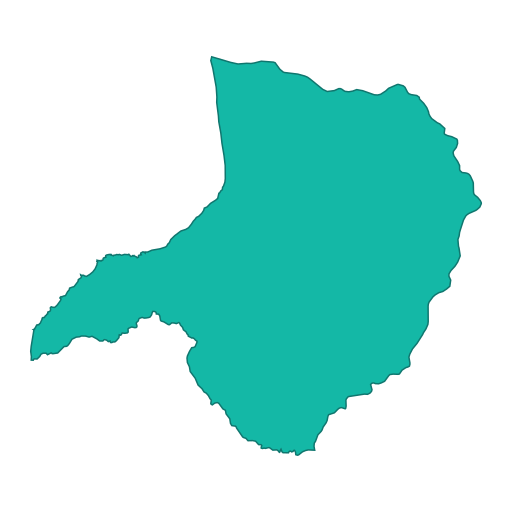 Atabae, Bobonaro, East Timor
{"feature_id": "22284137B39370724774054", "entity_name": "Atabae", "entity_type": "district", "adm_level": 2, "iso_a3": "TLS", "parent_name": "East Timor", "parent_adm1": "Bobonaro", "projection": "orthographic", "projection_center": [125.062, -8.829], "detail": "fine", "context": "isolated", "style": "filled", "palette": "teal", "viewbox_px": 512, "rotation_deg": 0, "n_neighbors": 0, "source": "geoboundaries", "source_scale": "gbopen_adm2", "svg_char_len": 5984}
<svg xmlns="http://www.w3.org/2000/svg" viewBox="0 0 512 512"><path d="M419.2,97.2L416.8,95.5L411.1,94.6L408.8,93.7L407.5,92.2L405.0,87.3L403.2,85.8L398.3,84.4L397.3,84.5L388.6,88.3L385.7,91.0L380.6,94.3L377.7,95.0L374.3,94.8L362.7,90.7L356.7,89.6L352.7,91.1L348.7,91.8L344.8,91.3L341.6,89.1L340.3,88.6L338.8,88.6L334.3,90.6L327.2,91.5L322.8,89.4L309.8,78.8L307.5,77.2L304.7,76.0L297.8,74.1L284.4,72.5L283.1,72.0L279.9,69.3L275.1,62.7L273.3,62.1L261.3,61.2L254.2,63.0L251.0,63.5L246.7,63.3L238.0,64.0L230.7,62.4L211.7,56.8L210.8,60.6L212.8,68.1L216.2,87.1L216.9,97.1L216.7,102.4L218.4,115.8L218.8,121.7L220.8,132.9L222.0,143.5L224.0,155.4L225.2,165.4L225.3,178.6L224.9,182.2L223.4,186.3L222.6,187.2L222.3,189.7L220.8,190.9L219.6,192.9L218.9,193.2L217.7,198.4L215.6,200.2L210.6,203.3L207.0,207.0L204.3,208.1L203.7,210.4L201.8,213.3L198.6,216.4L196.4,217.4L195.0,219.4L193.3,221.2L191.4,224.2L188.6,227.7L185.8,229.4L180.9,231.0L174.7,235.7L170.8,239.5L169.3,242.7L167.8,244.1L166.8,246.0L165.6,247.0L160.0,248.8L151.9,250.2L147.8,252.0L145.5,252.1L145.3,252.8L144.9,252.1L144.5,252.6L143.0,251.8L140.8,253.0L140.6,253.9L141.2,254.8L138.8,255.3L138.4,256.0L138.5,257.2L137.5,257.7L137.0,257.7L136.6,257.0L134.4,256.0L134.0,255.5L133.5,256.0L132.5,255.6L132.0,256.2L130.8,256.5L128.9,254.3L128.6,254.7L124.4,254.4L121.6,255.3L119.2,254.4L118.4,254.8L116.7,254.5L115.3,255.1L113.8,255.2L113.4,255.8L111.8,255.3L111.1,254.4L110.7,254.4L110.6,254.9L109.4,254.4L106.6,255.0L105.8,255.5L105.6,256.2L105.9,257.2L103.5,258.0L103.2,258.4L103.0,259.8L102.4,260.4L101.3,260.4L101.3,260.9L100.8,261.0L98.8,260.5L97.6,260.6L97.1,260.2L96.9,261.1L97.3,261.0L97.7,261.8L97.1,263.3L97.0,264.7L95.1,268.9L92.8,271.9L89.8,274.4L86.5,276.4L84.4,275.9L83.7,275.3L81.1,275.2L80.7,274.9L80.8,275.5L81.6,276.3L81.0,277.8L78.6,279.4L78.1,280.1L78.4,280.7L77.9,281.6L74.4,286.2L73.7,286.8L72.6,287.0L69.6,288.1L69.2,289.9L67.6,291.7L65.5,295.6L63.0,296.2L62.5,296.7L60.9,296.7L60.6,297.5L60.1,297.5L59.9,298.0L60.7,298.5L61.0,299.1L60.4,300.7L57.1,305.2L55.4,306.8L54.5,307.4L52.4,307.2L51.4,306.8L50.8,307.1L50.3,307.8L50.6,309.9L50.0,311.2L47.8,312.1L47.7,313.8L47.0,314.1L46.0,315.5L45.3,315.9L44.4,317.5L43.1,317.5L42.3,318.0L42.1,318.3L42.3,318.7L40.2,323.3L39.4,323.8L38.9,324.7L36.9,324.9L36.8,325.1L37.3,325.2L36.5,325.4L35.4,327.6L34.4,328.8L34.5,329.4L33.4,329.6L33.9,330.0L31.2,346.3L30.7,351.3L31.4,356.7L31.2,360.1L33.3,360.2L33.7,359.3L34.4,358.9L37.1,359.0L39.7,356.5L41.0,354.2L43.1,353.2L46.1,353.2L47.5,354.7L51.1,352.9L51.6,353.0L52.0,353.6L52.9,353.7L57.7,353.0L64.0,346.6L66.6,346.3L67.6,345.7L69.3,343.6L72.0,339.2L76.3,337.1L79.5,336.8L81.5,336.0L85.7,336.1L89.1,337.1L92.0,336.3L96.7,338.8L99.7,341.0L102.8,341.0L104.0,339.8L104.7,339.6L106.7,340.2L108.3,341.6L110.1,341.0L110.5,342.5L111.8,342.6L112.8,342.0L114.9,341.9L116.4,340.7L118.9,337.7L119.3,334.8L120.6,335.2L121.2,334.8L122.2,333.0L124.6,333.3L127.4,332.9L128.2,332.0L128.0,329.0L128.6,328.3L131.7,327.0L134.9,327.7L136.2,327.5L136.9,326.8L136.9,325.5L136.3,323.8L136.4,322.6L138.2,321.0L138.8,319.1L139.3,318.4L142.1,317.4L144.2,318.1L146.0,318.0L148.8,317.5L150.1,317.0L151.6,314.8L152.3,312.2L152.8,311.4L154.5,311.5L155.6,311.9L156.1,312.5L156.3,314.0L158.7,314.2L159.8,316.0L160.5,320.2L161.1,321.0L163.9,321.9L168.3,324.6L169.5,324.7L171.7,322.9L174.2,323.0L176.3,323.6L178.9,322.5L179.6,323.1L180.4,325.0L182.6,327.4L183.4,329.8L186.1,331.9L187.1,334.0L188.0,334.7L188.3,336.2L192.0,338.1L192.8,337.8L194.5,338.9L195.4,340.1L197.0,341.2L196.9,342.5L195.1,346.7L193.7,347.4L191.7,347.7L189.5,351.4L187.4,356.0L187.0,358.1L187.4,362.5L189.4,366.7L190.2,371.5L195.2,378.2L198.1,385.1L202.0,388.7L204.0,391.9L206.3,393.2L208.4,395.6L210.1,398.8L211.1,399.8L211.2,400.7L210.8,403.6L211.2,404.3L212.3,404.9L214.6,403.2L215.9,402.8L217.5,402.6L218.9,403.4L222.9,408.9L225.4,410.3L226.1,413.9L229.8,418.8L230.5,423.4L231.8,425.6L235.6,426.2L236.1,426.8L236.6,428.1L242.7,437.0L243.9,437.7L245.9,438.3L248.0,440.7L252.7,440.6L255.6,441.2L258.6,444.6L261.1,444.7L261.8,445.6L261.2,447.1L261.2,448.1L262.4,448.5L264.1,448.1L265.4,448.4L268.6,447.6L269.5,447.7L272.8,450.1L276.7,449.9L278.0,450.6L278.9,451.9L279.6,452.3L280.1,451.4L280.2,450.5L281.0,449.2L282.0,451.8L283.0,452.7L288.5,452.8L288.9,451.8L289.9,451.1L290.7,451.2L291.6,451.9L293.0,451.5L293.6,450.5L294.5,450.3L295.5,452.1L295.8,454.7L297.4,455.2L298.6,454.9L302.5,451.8L305.6,450.5L308.3,449.9L314.7,450.2L314.0,446.3L314.3,443.1L315.5,441.3L317.9,434.8L321.2,431.3L322.1,429.9L323.1,427.1L326.1,422.8L327.1,420.5L327.9,416.4L328.6,414.7L334.4,412.8L337.8,409.3L339.0,408.3L340.3,407.8L341.6,407.6L345.2,408.8L345.7,408.3L346.1,406.1L345.9,400.1L346.4,398.8L348.3,396.6L364.5,394.1L367.6,394.3L370.0,393.1L371.5,391.4L372.0,389.7L370.6,384.5L371.8,383.3L372.8,383.0L373.9,383.0L375.3,383.6L378.5,383.8L381.3,382.9L384.6,381.3L388.7,375.7L389.8,374.6L393.1,374.1L398.1,374.3L399.4,374.0L402.1,370.1L405.9,367.6L407.9,367.0L409.4,366.2L409.9,364.3L409.9,362.8L408.9,357.1L409.8,354.1L412.5,348.9L417.0,343.4L422.6,334.6L423.4,332.8L425.9,329.0L427.9,324.4L428.2,321.5L428.1,306.2L428.3,304.3L429.0,302.2L433.0,296.8L435.3,294.8L438.8,292.7L442.8,291.5L446.6,289.0L449.8,286.3L450.7,280.1L448.9,276.2L449.0,273.8L451.0,270.5L454.9,266.3L456.3,264.2L457.7,262.0L460.2,255.9L459.0,248.0L458.5,246.3L457.9,239.5L459.1,236.0L459.6,232.3L460.4,229.6L463.5,220.0L465.8,215.9L466.9,214.8L469.0,213.4L475.8,210.4L477.1,209.5L479.8,207.1L481.3,203.7L481.2,202.5L480.3,200.6L477.6,197.3L474.7,195.0L473.8,193.7L473.5,191.8L473.3,183.0L472.8,181.3L470.3,175.9L469.1,174.4L467.7,173.5L466.0,173.0L462.0,172.5L460.1,170.7L459.6,169.4L459.6,165.6L457.7,161.6L453.9,155.9L453.1,152.9L453.5,151.1L456.3,147.5L457.6,143.4L457.4,140.3L456.8,139.1L451.8,136.7L447.5,135.6L444.6,134.2L444.2,133.1L444.8,128.5L439.8,123.9L437.2,122.7L431.7,118.6L430.1,116.4L428.9,114.0L428.5,111.8L426.8,107.7L423.7,103.3L419.6,99.2L419.2,97.2Z" fill="#14b8a6" stroke="#0f766e" stroke-width="1.5"/></svg>